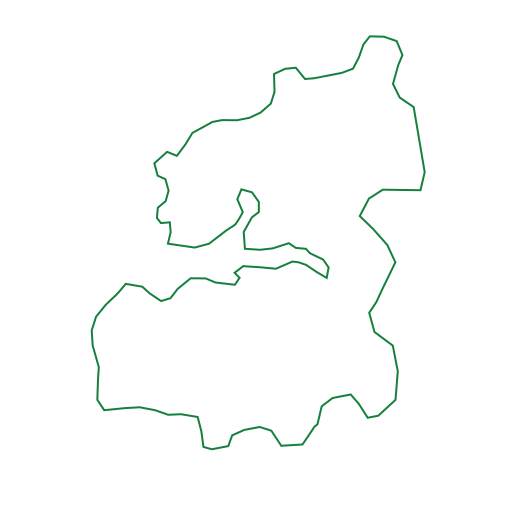 the district of Sacheon-si, South Gyeongsang, South Korea, rotated 79°
{"feature_id": "91817680B75900877128055", "entity_name": "Sacheon-si", "entity_type": "district", "adm_level": 2, "iso_a3": "KOR", "parent_name": "South Korea", "parent_adm1": "South Gyeongsang", "projection": "mercator", "projection_center": [128.03, 35.037], "detail": "fine", "context": "isolated", "style": "outline", "palette": "green", "viewbox_px": 512, "rotation_deg": 79, "n_neighbors": 0, "source": "geoboundaries", "source_scale": "gbopen_adm2", "svg_char_len": 1736}
<svg xmlns="http://www.w3.org/2000/svg" viewBox="0 0 512 512"><g transform="rotate(79 256 256)"><path d="M139.9,72.8L127.9,84.7L113.2,88.7L95.5,79.8L86.7,73.9L71.9,76.9L65.1,88.7L62.1,102.4L69.0,110.3L80.8,117.2L90.6,125.0L92.6,136.8L92.6,165.3L91.6,174.1L78.8,181.0L77.8,191.8L80.8,203.6L98.4,206.5L109.3,212.4L116.1,224.2L119.1,236.0L119.1,248.8L116.1,263.5L116.1,273.3L119.3,283.1L123.0,294.9L132.8,303.8L142.6,314.6L136.8,323.4L145.6,338.1L158.4,337.2L163.3,330.3L175.1,329.3L184.9,334.2L189.8,343.1L199.6,346.0L205.5,343.1L206.5,334.2L216.3,335.2L227.1,340.1L236.0,314.6L235.0,299.8L225.2,280.2L221.2,270.4L216.3,265.5L210.4,260.6L196.7,263.5L187.8,257.6L192.7,247.8L203.5,242.9L213.4,244.8L217.3,252.7L230.1,263.5L246.8,265.5L250.7,250.7L251.7,238.0L249.7,221.3L255.6,215.4L258.5,205.6L263.5,202.6L269.4,194.7L272.3,190.8L281.1,186.9L291.0,190.8L283.1,199.7L274.3,208.5L270.3,215.4L268.4,221.3L272.3,238.9L267.4,255.6L265.4,263.5L263.5,270.4L268.4,280.2L274.3,276.3L280.2,282.2L274.3,300.8L268.4,309.7L265.4,324.4L273.3,339.1L281.1,348.0L282.1,357.8L272.3,367.6L264.4,373.5L258.5,389.2L266.4,399.0L275.2,412.8L285.1,424.6L297.8,431.5L312.6,433.4L335.2,431.5L346.0,434.4L366.9,439.2L378.4,434.4L380.3,413.8L382.3,399.0L388.2,384.3L395.1,372.5L397.0,359.8L402.9,344.0L417.7,343.1L433.4,344.0L437.3,336.2L437.3,319.5L427.5,313.6L424.5,300.8L424.5,285.1L430.4,274.3L447.1,267.4L449.9,246.3L434.5,230.9L433.0,227.8L416.1,220.2L410.0,207.9L410.0,189.5L420.7,183.3L436.1,177.2L436.1,166.4L423.8,146.5L396.2,138.8L370.1,138.8L353.2,154.2L333.3,155.7L324.0,146.5L313.3,138.8L288.8,120.4L270.3,125.0L251.9,135.8L236.6,146.5L221.2,134.2L215.1,118.9L222.8,82.0L205.9,74.4L139.9,72.8Z" fill="none" stroke="#15803d" stroke-width="2"/></g></svg>